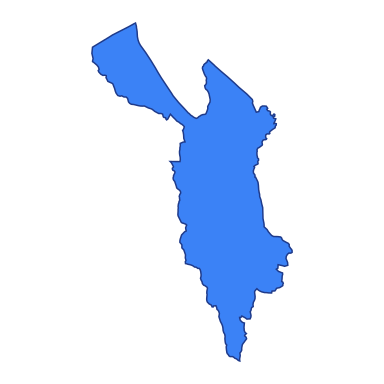 Citlaltépetl, Veracruz, Mexico (Albers equal-area conic projection)
{"feature_id": "50627088B61699317845767", "entity_name": "Citlaltépetl", "entity_type": "district", "adm_level": 2, "iso_a3": "MEX", "parent_name": "Mexico", "parent_adm1": "Veracruz", "projection": "albers", "projection_center": [-97.89, 21.337], "detail": "fine", "context": "isolated", "style": "filled", "palette": "blue", "viewbox_px": 384, "rotation_deg": 0, "n_neighbors": 0, "source": "geoboundaries", "source_scale": "gbopen_adm2", "svg_char_len": 6021}
<svg xmlns="http://www.w3.org/2000/svg" viewBox="0 0 384 384"><path d="M287.8,265.3L287.6,262.5L286.0,258.5L286.3,256.3L287.4,254.4L288.8,253.1L290.9,253.1L292.1,252.4L292.1,250.6L291.6,249.4L290.7,248.5L289.2,246.3L289.2,244.4L288.1,243.2L286.0,242.2L283.0,240.5L282.1,239.5L281.7,238.1L280.7,237.0L278.0,236.6L273.6,236.5L271.8,235.6L270.6,234.4L268.4,231.8L267.1,229.6L264.1,226.8L264.1,225.0L263.9,223.1L263.0,218.6L262.7,207.6L261.7,203.8L260.9,199.8L259.7,196.6L259.6,194.2L259.1,192.3L258.9,190.8L258.7,190.0L258.4,185.2L258.0,182.3L257.4,180.9L255.6,177.2L254.9,177.1L255.0,175.7L254.8,174.7L253.5,173.1L253.3,170.8L253.6,170.2L253.7,169.5L254.4,168.0L254.6,167.2L253.9,166.6L254.4,165.9L255.6,165.1L257.8,164.1L258.1,163.3L257.7,161.8L258.1,160.8L258.6,160.2L258.5,158.8L257.7,158.1L257.4,157.5L257.4,156.8L257.0,155.3L256.9,153.0L256.9,152.3L257.2,151.3L257.0,149.6L257.9,148.1L259.3,147.4L262.1,145.3L262.4,144.6L262.0,142.0L262.9,140.3L264.1,139.7L265.3,139.7L266.2,139.4L266.7,138.7L265.9,138.0L265.6,136.5L265.8,134.9L266.7,134.1L267.8,133.8L269.0,134.0L269.8,133.5L269.5,132.2L270.1,131.4L272.8,129.3L275.1,127.8L275.3,126.2L276.2,125.1L276.3,123.7L275.3,123.4L273.9,123.6L274.1,122.8L275.2,120.6L275.8,118.8L273.6,118.2L273.2,116.9L274.7,116.2L274.8,114.5L274.0,114.0L272.9,115.2L272.1,115.8L270.8,115.0L270.3,114.1L270.4,111.9L269.7,111.2L267.7,110.6L266.8,109.3L267.7,108.3L266.3,106.2L264.6,106.0L262.4,106.0L260.5,107.2L259.9,108.8L259.2,110.2L258.8,111.6L256.3,112.2L254.8,108.8L253.3,105.5L252.4,103.1L252.8,101.3L252.3,99.5L246.7,93.9L238.8,87.2L234.4,83.0L227.4,76.7L221.0,71.3L214.9,65.9L214.2,65.1L208.3,59.8L207.5,60.7L207.2,61.9L206.2,62.4L206.1,62.9L204.7,63.8L203.8,64.8L203.5,66.0L202.7,66.7L202.4,68.2L202.8,69.8L203.5,71.6L204.3,73.9L205.6,76.4L206.3,77.1L206.6,78.7L206.2,80.2L206.4,81.4L206.4,83.3L205.7,84.7L204.7,85.6L204.9,86.9L205.2,88.1L205.8,89.2L207.2,90.3L208.2,91.9L209.0,93.8L210.2,99.6L210.0,102.1L207.7,106.5L207.8,108.7L206.9,111.4L205.9,113.8L205.1,114.3L202.7,114.6L200.9,115.3L200.5,115.7L198.9,116.6L197.7,117.8L196.2,118.4L193.6,117.2L192.4,116.2L190.9,115.3L188.9,113.3L188.4,113.1L184.6,108.9L178.5,102.4L173.1,95.8L171.7,93.5L161.2,77.7L157.9,72.3L155.4,67.9L151.0,60.7L145.7,52.6L140.4,45.3L139.1,42.9L138.5,41.3L138.0,39.8L137.4,36.7L137.1,31.6L136.8,29.4L136.5,27.9L136.4,26.3L135.5,23.0L134.1,23.7L128.5,26.8L112.6,34.9L109.0,37.2L92.5,47.2L91.9,53.4L93.1,58.6L92.5,61.3L92.6,61.7L93.5,62.2L96.9,65.1L98.4,67.0L99.1,69.4L98.2,70.6L98.8,72.0L100.8,74.2L102.9,75.4L104.7,75.2L106.2,75.6L106.3,76.9L106.0,77.7L106.7,78.9L107.9,81.4L112.1,83.3L112.9,84.0L113.7,86.2L114.6,88.5L115.4,91.4L116.2,93.3L117.8,95.5L120.0,96.2L121.7,95.8L124.0,97.0L126.1,97.0L127.6,98.4L128.5,101.9L129.7,103.3L131.0,104.1L131.7,104.3L133.8,104.5L138.2,105.6L140.4,106.0L142.8,106.1L144.4,106.0L148.3,107.9L151.7,109.0L153.6,110.4L154.6,111.3L158.7,113.5L161.0,113.5L162.6,114.1L163.3,116.8L163.9,117.4L165.6,117.7L166.0,119.2L166.6,119.9L167.7,119.2L170.4,114.2L173.4,117.5L174.7,118.7L177.0,121.2L178.7,122.0L180.7,123.7L181.8,124.2L183.4,125.6L184.3,126.7L183.9,128.1L183.4,129.5L183.1,130.0L182.6,130.3L183.2,132.2L183.6,134.9L183.8,138.4L185.0,141.9L183.1,142.1L180.2,143.4L180.3,146.0L179.9,147.7L179.9,149.4L179.5,151.2L179.5,153.0L179.7,154.9L180.2,157.2L180.3,159.6L180.0,161.6L170.2,161.5L171.3,162.6L172.8,165.3L173.5,166.9L173.0,167.6L172.4,168.2L172.3,169.0L172.9,170.3L174.2,170.8L175.0,172.0L174.7,173.2L174.0,174.6L173.5,175.7L173.5,176.6L173.1,177.8L173.2,179.1L173.7,180.2L174.7,181.4L176.3,186.2L176.7,187.9L178.1,189.2L179.7,190.3L180.5,191.6L180.7,193.0L179.8,194.5L179.2,196.4L179.5,197.4L179.5,198.2L179.7,199.7L179.7,200.5L179.1,201.3L178.8,203.1L178.4,203.9L178.1,206.4L178.3,208.0L178.1,209.0L178.1,211.2L177.9,214.6L178.1,215.9L181.3,222.4L182.3,223.0L183.5,223.3L185.8,224.2L186.7,225.1L186.3,225.7L186.1,226.6L185.6,227.8L185.8,229.2L186.2,230.4L186.2,231.0L185.2,231.4L184.2,232.2L182.6,233.9L181.6,234.9L180.2,239.2L179.9,240.9L179.9,242.4L181.3,244.0L181.9,245.0L181.9,246.6L181.9,247.9L183.8,249.9L185.5,254.8L185.3,257.9L186.0,260.5L185.3,261.7L185.5,263.6L186.3,263.7L188.1,264.3L190.1,264.7L191.9,265.3L193.4,266.1L194.5,267.0L196.2,267.2L197.8,268.4L199.2,268.4L200.1,269.5L200.7,271.5L201.1,274.7L201.0,276.5L200.5,278.3L201.2,280.3L202.0,281.6L202.4,283.6L203.7,285.2L204.8,285.6L206.9,287.1L207.5,288.1L206.9,291.1L206.8,293.2L207.1,294.3L206.7,298.5L206.7,299.9L207.0,301.2L207.4,302.1L209.1,303.9L211.1,304.9L211.8,306.0L212.0,306.8L213.1,307.0L213.5,306.0L215.9,305.7L216.2,306.5L216.6,307.2L217.0,309.4L218.2,310.4L218.8,311.6L219.4,313.5L218.9,316.7L220.4,321.4L221.8,324.1L222.5,325.9L222.9,327.8L223.1,330.4L223.7,332.5L224.7,334.2L225.1,336.4L224.9,338.7L225.1,340.8L225.2,341.9L225.6,343.7L226.7,345.0L226.2,346.9L226.5,350.2L226.9,352.7L227.4,353.8L228.1,354.4L229.0,355.9L230.1,356.6L232.5,356.6L233.7,357.2L234.9,358.3L236.4,358.8L238.4,360.5L239.8,361.0L239.6,359.0L240.2,355.7L240.1,354.7L239.9,353.0L240.9,351.8L241.7,350.2L241.7,348.0L242.3,344.8L243.0,343.6L244.1,342.2L245.0,340.9L246.6,338.8L246.1,337.2L244.6,335.8L245.0,334.8L246.4,333.6L244.9,332.2L244.1,330.1L244.2,329.2L244.0,327.8L244.1,325.9L244.4,323.0L243.0,322.6L242.0,322.0L240.3,320.3L239.7,318.3L239.6,317.4L240.2,317.4L240.5,317.6L241.5,316.8L241.5,316.7L241.6,316.1L241.8,316.0L245.2,317.8L246.9,319.1L248.9,318.9L250.1,318.9L250.9,317.0L251.0,315.3L250.2,311.7L250.9,310.6L251.4,308.3L251.7,307.5L253.2,306.6L253.0,304.4L253.4,302.2L254.4,300.4L255.0,298.6L255.1,296.4L254.6,292.5L254.7,291.3L255.6,290.1L256.9,288.7L258.2,290.0L260.0,291.1L261.8,291.9L264.7,292.6L266.3,292.6L268.7,292.9L271.6,293.0L272.0,291.1L274.9,290.9L275.7,289.8L276.5,288.4L277.2,288.1L279.7,287.6L282.0,286.2L282.8,285.6L282.8,284.6L283.3,283.3L282.7,282.0L281.7,281.6L282.0,279.2L282.2,275.9L282.7,274.3L282.5,272.9L280.9,272.4L279.7,271.8L278.6,271.5L276.3,269.2L277.9,268.2L278.1,264.7L282.7,265.7L284.6,266.3L287.8,265.3Z" fill="#3b82f6" stroke="#1e3a8a" stroke-width="1.5"/></svg>